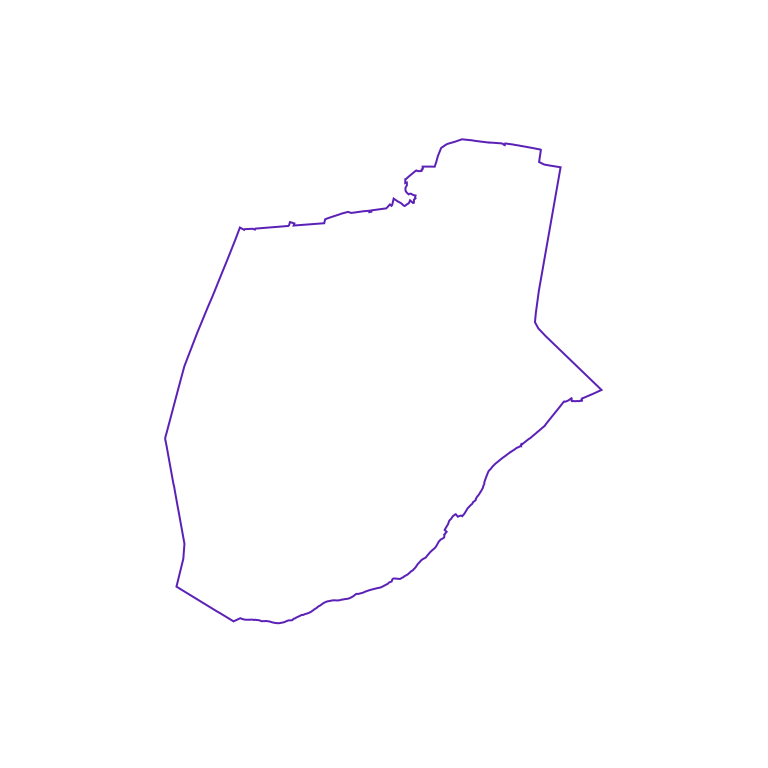 outline of Putten, Gelderland, Netherlands, rotated 116°
{"feature_id": "6326949B51712593029149", "entity_name": "Putten", "entity_type": "district", "adm_level": 2, "iso_a3": "NLD", "parent_name": "Netherlands", "parent_adm1": "Gelderland", "projection": "orthographic", "projection_center": [5.573, 52.248], "detail": "fine", "context": "isolated", "style": "outline", "palette": "violet", "viewbox_px": 768, "rotation_deg": 116, "n_neighbors": 0, "source": "geoboundaries", "source_scale": "gbopen_adm2", "svg_char_len": 6070}
<svg xmlns="http://www.w3.org/2000/svg" viewBox="0 0 768 768"><g transform="rotate(116 384 384)"><path d="M111.8,320.3L114.8,330.2L116.5,336.1L116.5,341.9L111.9,343.4L104.8,345.6L104.7,346.1L105.0,347.3L105.6,349.5L106.9,354.4L109.4,363.3L110.2,365.9L110.3,366.6L111.8,371.5L112.3,373.4L113.1,375.8L114.4,379.7L114.7,380.5L116.4,380.2L116.4,381.5L116.0,382.2L116.2,383.8L116.5,384.6L120.8,395.3L120.9,395.2L121.1,395.7L125.4,408.3L126.5,412.0L127.2,413.8L129.4,419.9L129.9,421.2L134.4,425.7L135.6,426.9L138.8,430.5L140.4,432.2L141.1,432.8L141.7,433.2L146.8,436.1L155.5,435.5L159.7,434.7L161.9,434.3L164.3,434.0L166.4,433.7L171.7,444.6L172.1,444.4L172.9,443.8L173.1,443.6L174.1,443.5L174.6,444.2L175.6,443.7L176.0,443.6L176.6,444.4L177.6,446.4L177.6,446.6L177.8,447.0L177.9,447.5L177.9,448.6L178.6,449.0L186.0,452.4L188.7,453.5L190.3,454.1L190.6,454.6L194.1,453.0L192.9,451.8L193.6,451.4L195.2,450.6L196.7,450.6L197.9,450.7L198.6,450.6L199.3,450.2L199.6,450.1L201.0,449.2L201.6,448.2L202.2,447.0L202.5,445.7L202.7,445.1L202.7,444.9L202.3,444.7L201.4,443.9L201.3,443.4L201.2,443.1L201.2,442.7L201.3,440.8L201.3,440.5L201.3,440.2L200.7,438.3L203.1,437.7L203.3,437.1L203.7,437.2L205.2,437.9L206.3,437.4L208.0,436.6L208.4,437.0L208.6,437.4L208.5,437.6L207.5,441.1L208.6,441.0L209.9,440.9L210.7,441.0L212.6,442.2L214.6,443.2L214.9,443.4L215.0,443.7L215.0,444.0L214.8,445.2L214.6,446.0L214.1,447.4L213.9,449.8L213.9,450.7L213.9,451.5L213.7,452.6L213.7,453.0L213.5,454.0L213.4,455.3L213.3,455.9L213.2,456.1L213.1,456.6L219.6,455.1L220.6,455.4L220.0,457.4L223.4,458.4L225.1,458.9L233.6,471.6L234.7,470.9L236.0,472.5L234.8,473.3L237.6,478.0L243.3,486.4L244.6,488.5L244.8,489.5L245.0,491.5L245.2,491.9L249.6,497.0L251.3,498.6L257.2,504.7L260.0,507.5L261.8,509.1L265.7,508.2L281.2,534.7L279.0,534.9L279.7,539.5L283.6,538.8L283.5,538.6L300.7,567.7L301.8,567.7L302.0,570.0L305.9,577.1L306.8,577.3L306.5,582.1L319.4,580.9L339.0,579.4L358.6,578.1L366.0,577.6L374.0,577.0L381.9,576.5L391.2,576.1L419.9,574.3L436.3,572.9L455.7,571.2L479.0,566.7L523.2,558.0L528.1,557.1L528.7,556.9L530.2,556.0L530.2,555.9L535.1,552.2L562.5,532.1L566.3,529.3L568.9,527.1L571.0,525.7L573.0,524.2L574.8,522.9L586.0,514.7L587.3,513.7L615.1,493.3L624.7,489.5L627.6,488.3L629.3,487.7L657.1,481.7L661.5,435.7L661.7,433.4L661.7,432.5L662.0,429.1L663.3,415.2L658.0,410.9L657.6,410.6L657.4,410.2L657.4,409.9L657.4,408.5L657.1,407.3L656.8,405.7L656.4,404.8L653.4,398.7L653.2,398.2L653.1,397.4L652.9,397.0L652.3,396.4L652.2,396.0L652.0,395.1L651.4,393.7L651.1,392.6L650.9,391.4L650.9,390.8L650.9,390.0L650.3,389.1L649.6,387.5L648.7,386.2L647.6,382.6L647.2,379.9L646.6,377.5L645.7,374.9L645.0,373.5L644.4,372.6L641.6,369.0L640.8,368.5L638.5,366.4L638.3,366.1L636.8,363.3L636.5,363.0L634.9,362.4L634.5,362.2L634.2,361.8L633.8,361.3L632.7,360.7L628.7,357.5L627.7,356.8L627.4,356.5L627.2,355.6L625.4,354.1L623.8,352.3L623.0,351.5L621.4,350.2L620.0,349.3L619.7,349.2L618.8,348.6L617.6,348.1L614.8,346.4L612.3,345.3L611.6,344.6L610.9,344.2L607.7,342.5L606.9,342.0L605.7,341.0L605.0,340.4L604.4,339.8L603.9,339.2L603.0,337.9L601.8,336.4L601.1,335.5L600.4,334.2L600.1,333.7L599.4,332.0L599.1,331.2L598.9,330.8L598.7,330.6L597.9,329.2L597.5,328.8L596.9,328.1L596.3,327.5L596.0,326.8L594.8,325.3L593.0,322.6L592.4,321.9L591.8,321.2L590.4,320.1L588.7,318.9L588.1,318.5L585.3,317.2L584.7,316.7L584.4,316.2L584.0,315.2L583.9,315.0L582.4,313.3L581.2,311.8L578.9,309.9L575.8,306.8L574.1,304.9L570.9,301.1L570.0,300.0L568.4,297.9L568.0,297.5L562.3,293.3L561.4,292.8L560.7,292.6L560.2,292.4L559.2,291.6L558.5,290.9L558.2,290.6L557.9,290.6L557.3,290.6L556.4,290.8L555.7,290.8L555.3,290.6L554.8,290.3L554.4,289.8L554.2,289.3L552.4,284.6L552.3,284.3L551.9,283.9L551.5,283.6L550.8,283.2L550.4,283.0L550.1,282.8L549.6,282.3L549.1,281.9L547.9,281.4L545.8,279.9L544.7,279.2L541.8,278.0L540.6,277.6L540.0,277.2L539.1,276.6L538.6,276.3L537.4,276.1L536.2,275.6L534.5,275.2L533.1,275.0L531.5,274.8L530.9,274.7L528.2,273.8L526.5,273.4L525.4,272.9L524.7,272.6L523.8,271.9L521.9,270.6L521.7,270.4L520.9,270.2L519.3,269.9L515.3,268.9L512.8,268.0L510.0,266.8L508.4,266.2L506.4,265.9L501.9,265.7L501.1,265.5L500.0,265.2L499.0,264.8L498.4,264.5L497.2,263.6L496.2,262.9L495.4,262.7L494.3,263.1L493.3,263.6L492.9,263.5L492.8,263.8L489.4,262.9L488.6,265.5L485.4,265.3L481.7,265.0L478.8,265.4L478.0,265.3L477.1,265.1L476.2,264.7L475.9,264.6L472.7,264.2L471.5,263.6L471.0,263.3L469.7,262.7L469.6,262.4L469.7,262.1L470.6,260.1L470.8,259.6L470.9,259.4L470.7,259.2L470.3,259.0L470.1,258.8L468.5,257.2L468.5,255.7L465.8,255.0L464.2,254.8L460.0,254.4L459.2,254.4L454.6,252.9L453.0,252.2L452.5,252.1L451.2,252.2L450.6,251.9L449.6,251.3L449.0,251.1L448.1,250.8L447.8,250.7L447.0,251.1L446.2,251.0L445.4,251.0L444.4,250.9L442.6,250.4L440.6,250.1L439.1,250.0L438.2,249.8L434.1,249.6L433.4,249.7L430.9,250.3L431.0,250.4L430.4,249.9L428.3,250.7L427.2,250.9L422.6,251.4L417.1,251.8L416.6,251.8L416.0,251.7L412.9,250.7L411.6,250.5L410.4,250.2L406.9,249.0L398.9,245.3L395.4,243.4L393.0,242.2L390.4,240.8L389.9,240.7L389.5,240.4L389.3,240.1L388.5,239.7L387.7,239.2L385.0,237.6L384.3,237.4L383.5,236.8L382.8,236.4L382.4,236.1L382.0,235.5L381.9,235.4L381.1,234.9L380.2,234.3L380.1,234.2L379.9,233.6L379.3,234.1L379.1,234.1L378.9,233.8L378.7,233.9L377.8,234.3L377.5,234.1L377.5,233.4L377.3,233.3L369.6,229.6L368.8,228.9L366.5,228.0L365.7,227.6L365.3,227.5L364.1,226.9L363.3,226.5L363.2,226.5L362.8,226.3L362.2,226.0L359.7,225.0L357.9,224.1L356.7,223.7L355.6,223.1L354.4,222.7L353.4,222.2L351.9,221.5L350.5,221.0L350.0,221.1L343.6,219.7L331.9,217.0L329.7,216.5L325.1,215.5L320.9,214.6L320.7,214.3L320.6,213.6L320.5,213.4L319.7,212.6L319.1,212.1L318.9,211.9L318.5,211.5L316.1,210.0L314.6,209.3L314.6,209.1L315.3,208.7L316.2,208.4L316.9,208.0L317.0,207.8L317.0,207.4L316.9,207.3L316.6,206.9L316.2,206.1L315.8,204.9L314.5,202.6L314.0,201.3L313.8,201.0L313.1,200.4L312.7,200.1L312.5,199.6L312.7,199.3L312.2,198.7L310.4,199.8L301.4,192.0L294.0,185.9L270.1,259.7L266.4,269.6L262.3,275.4L253.5,278.7L232.6,285.6L111.8,320.3Z" fill="none" stroke="#5b21b6" stroke-width="2"/></g></svg>